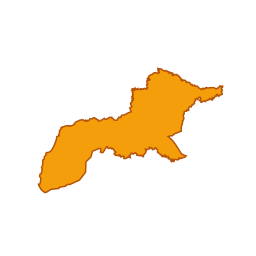 José Pedro Varela, Lavalleja, Uruguay (Natural Earth projection), rotated 341°
{"feature_id": "84410073B20043717754830", "entity_name": "José Pedro Varela", "entity_type": "district", "adm_level": 2, "iso_a3": "URY", "parent_name": "Uruguay", "parent_adm1": "Lavalleja", "projection": "natural_earth1", "projection_center": [-54.355, -33.484], "detail": "fine", "context": "isolated", "style": "filled", "palette": "amber", "viewbox_px": 256, "rotation_deg": 341, "n_neighbors": 0, "source": "geoboundaries", "source_scale": "gbopen_adm2", "svg_char_len": 5970}
<svg xmlns="http://www.w3.org/2000/svg" viewBox="0 0 256 256"><g transform="rotate(341 128 128)"><path d="M120.3,117.0L118.1,116.4L117.1,115.1L116.7,113.7L116.0,113.3L116.0,112.6L115.0,112.4L114.3,111.9L113.2,112.0L112.4,112.6L111.0,112.4L110.2,112.8L109.0,112.1L108.7,111.1L105.9,112.0L105.3,111.8L103.3,112.2L102.8,112.1L102.3,111.6L102.4,110.6L100.8,109.5L100.9,108.8L100.7,108.4L99.9,108.2L99.7,107.5L98.6,107.1L96.9,107.6L94.8,106.9L93.3,108.3L92.1,107.5L91.3,108.4L90.8,108.0L90.8,107.3L90.5,106.8L89.1,107.2L88.4,105.9L87.9,105.5L85.2,104.9L80.5,105.4L78.7,106.3L78.6,107.1L75.4,107.6L74.7,107.6L73.8,106.8L72.7,107.2L71.9,106.2L70.2,105.8L67.0,105.8L66.1,106.3L65.8,105.6L65.0,105.8L63.7,107.7L62.5,107.9L61.6,110.4L60.2,111.9L60.4,112.9L57.9,113.0L56.3,115.9L52.4,120.6L48.6,124.1L46.3,125.1L44.1,125.1L43.1,124.7L42.1,125.2L41.7,126.8L39.5,128.0L38.6,130.0L37.0,130.6L35.3,135.2L33.4,137.1L33.3,139.5L31.1,142.8L29.7,143.1L28.7,144.9L29.2,147.6L27.3,151.0L26.6,152.2L26.1,152.5L25.1,152.0L24.9,153.1L25.9,158.1L28.2,161.9L30.3,162.1L35.2,160.9L42.8,162.6L44.1,161.7L50.0,162.7L51.5,161.9L52.7,161.8L53.7,162.0L54.4,162.5L65.2,161.4L73.4,156.0L77.3,146.2L83.4,143.4L86.9,138.3L94.3,138.0L95.3,138.5L95.4,139.4L94.1,141.8L95.6,143.0L96.4,143.0L101.5,138.9L102.5,138.8L102.5,140.5L103.2,141.2L104.1,141.3L105.3,141.0L106.0,142.7L107.0,142.3L107.5,143.4L107.6,145.2L108.6,146.4L108.7,146.9L106.7,147.5L106.5,148.1L107.0,148.7L107.2,149.9L108.3,149.9L110.1,151.3L111.1,150.4L111.7,151.0L111.8,151.7L111.5,152.3L111.7,153.1L113.6,153.0L114.5,153.1L115.0,153.6L114.2,154.9L114.3,155.5L115.2,156.0L117.2,156.0L118.4,155.4L120.5,156.8L120.6,155.5L120.2,154.5L121.8,154.1L122.6,153.0L123.1,152.9L124.4,154.4L126.2,153.8L126.7,153.9L127.9,155.4L127.4,156.3L127.5,156.7L128.3,156.7L130.2,158.2L131.7,157.9L132.6,159.9L133.1,160.1L133.4,159.9L133.6,158.9L136.5,157.1L137.9,155.5L138.1,155.1L137.5,154.3L137.4,153.8L137.5,153.6L139.0,154.6L141.9,154.6L141.8,153.3L142.4,153.3L144.2,155.0L143.9,155.7L144.2,156.5L146.4,156.4L146.8,155.6L147.8,155.8L148.1,157.2L148.9,158.4L148.0,160.3L148.3,161.2L149.8,162.6L149.8,163.9L150.8,164.3L150.9,165.9L151.1,166.3L151.5,166.2L152.1,165.6L152.9,167.0L153.2,166.9L153.7,165.8L154.4,165.8L154.9,166.8L154.4,167.6L154.4,168.1L156.6,168.0L157.1,168.9L156.1,169.7L156.1,170.2L157.4,170.7L157.9,172.4L158.0,173.8L158.3,174.1L159.0,174.0L159.3,173.1L159.2,172.0L159.6,171.7L160.1,172.1L160.3,172.8L160.2,174.4L160.6,174.6L161.7,173.1L162.4,173.0L163.4,173.7L163.9,173.6L164.3,174.2L165.6,174.3L166.2,174.0L166.2,173.2L166.5,172.9L168.5,174.2L170.3,173.9L172.2,174.2L173.9,173.3L171.6,171.5L170.1,169.7L167.6,159.2L165.8,153.9L163.2,149.1L166.3,149.3L167.4,149.8L170.0,148.6L177.3,148.3L178.4,145.0L181.1,141.1L181.4,140.3L181.8,139.9L182.0,138.8L182.6,138.7L183.9,137.3L184.5,133.5L185.8,132.9L186.1,131.2L187.5,130.7L188.8,131.2L189.2,130.9L189.3,130.2L190.0,130.1L190.9,131.0L191.4,130.7L191.6,129.3L192.0,128.6L193.7,127.8L194.7,128.6L195.7,127.2L196.6,127.4L197.6,126.6L198.6,126.7L198.9,126.4L199.2,124.7L200.0,124.5L200.3,123.9L201.1,123.7L201.1,122.5L202.6,122.4L203.1,123.7L204.4,123.1L204.6,122.3L205.4,121.9L206.2,122.4L206.6,123.2L206.4,124.0L204.5,125.3L205.9,126.4L205.4,127.4L206.0,127.7L207.9,127.0L209.0,127.3L209.4,128.1L209.7,128.2L211.1,127.4L212.5,127.8L213.3,127.4L214.4,127.7L214.7,126.8L215.7,127.8L216.4,127.9L216.3,128.7L217.1,128.9L217.5,128.7L217.5,127.2L217.7,126.7L218.7,127.8L219.8,127.4L220.4,126.3L221.8,126.7L222.6,126.5L222.2,125.6L222.8,125.2L223.5,125.6L223.2,126.5L224.1,126.7L224.3,127.6L225.1,126.8L226.0,126.9L227.1,126.5L227.7,127.0L228.0,126.9L228.2,126.6L228.0,126.2L228.3,124.7L228.5,124.4L228.3,123.7L229.4,123.1L229.4,122.2L229.1,121.9L229.5,120.6L230.8,120.1L231.1,119.4L231.1,119.1L230.5,119.0L229.4,119.3L229.2,118.5L228.8,118.1L227.4,118.8L227.2,119.2L224.2,119.7L223.8,119.6L222.8,118.2L220.6,117.1L216.3,116.1L215.3,115.2L214.6,115.2L214.7,115.6L214.5,115.8L214.2,115.6L213.2,115.9L211.7,114.8L210.6,115.6L210.6,115.1L209.3,114.7L208.2,113.3L207.1,111.0L206.5,110.7L205.3,110.6L204.9,110.1L204.9,109.2L203.2,109.2L203.0,108.9L203.1,108.4L202.4,107.9L202.4,107.6L201.7,107.7L201.2,105.3L200.9,104.9L198.9,104.0L198.2,104.1L198.3,103.1L197.9,102.9L197.6,101.6L196.1,100.8L195.2,101.2L194.9,99.7L194.1,100.1L194.3,99.4L193.8,99.3L193.7,98.8L194.0,97.6L193.4,97.2L193.4,96.4L192.7,95.7L192.8,95.0L192.1,94.2L191.4,94.1L191.3,93.2L189.6,92.7L189.1,92.8L188.7,92.5L188.1,93.1L187.4,92.9L187.0,92.4L187.0,91.9L188.0,91.6L188.2,90.8L187.4,90.4L187.0,89.7L186.3,89.6L186.2,89.9L184.9,89.6L184.4,89.0L185.0,88.3L184.1,88.0L183.9,87.1L182.8,86.7L182.3,85.9L181.6,86.1L180.6,85.7L179.5,84.5L178.7,83.0L177.1,82.4L175.6,81.4L175.5,81.9L176.2,83.3L175.6,83.6L175.1,83.3L174.9,83.6L175.1,84.1L175.7,84.3L175.5,86.0L174.7,85.6L173.5,86.0L172.5,84.7L170.4,84.3L168.0,85.3L166.7,85.1L164.4,85.9L164.1,86.6L162.4,87.5L162.3,88.1L164.1,88.4L164.6,89.2L163.8,89.9L161.6,89.4L161.1,89.6L160.7,91.1L161.1,92.7L159.6,93.2L159.6,94.8L159.2,95.7L159.5,96.2L159.1,96.3L158.5,97.3L157.9,97.3L157.7,96.5L156.4,95.9L155.5,96.4L155.2,95.8L153.8,96.1L153.3,95.1L153.1,95.1L153.1,95.7L152.7,95.8L152.1,95.1L150.2,95.0L149.8,94.6L150.3,94.2L150.3,93.9L148.9,94.4L148.8,93.9L148.2,94.0L147.9,93.2L147.6,93.8L147.2,93.9L147.3,92.6L146.2,93.1L145.5,92.4L144.7,92.3L144.7,92.5L145.2,92.8L144.7,93.5L145.3,94.2L143.9,93.8L144.2,94.4L143.9,94.8L143.8,95.8L144.2,96.2L143.7,96.6L143.7,97.4L143.2,98.0L143.7,98.3L143.6,98.6L142.3,99.4L142.8,99.6L142.7,100.1L142.3,100.0L142.0,100.4L142.3,100.8L141.8,100.9L142.7,101.7L142.3,102.1L141.5,102.0L141.6,102.5L142.1,102.9L141.9,103.5L141.3,103.6L141.0,103.1L140.6,103.2L140.5,104.5L139.0,105.1L138.7,105.3L138.7,106.0L138.2,106.1L138.7,109.0L136.3,109.6L136.6,109.9L136.1,111.4L136.4,112.6L136.2,113.7L133.3,113.7L128.9,114.5L126.6,113.9L125.3,114.5L125.1,115.6L124.6,115.7L123.0,114.8L122.8,115.4L121.4,115.8L120.3,117.0Z" fill="#f59e0b" stroke="#b45309" stroke-width="1.5"/></g></svg>